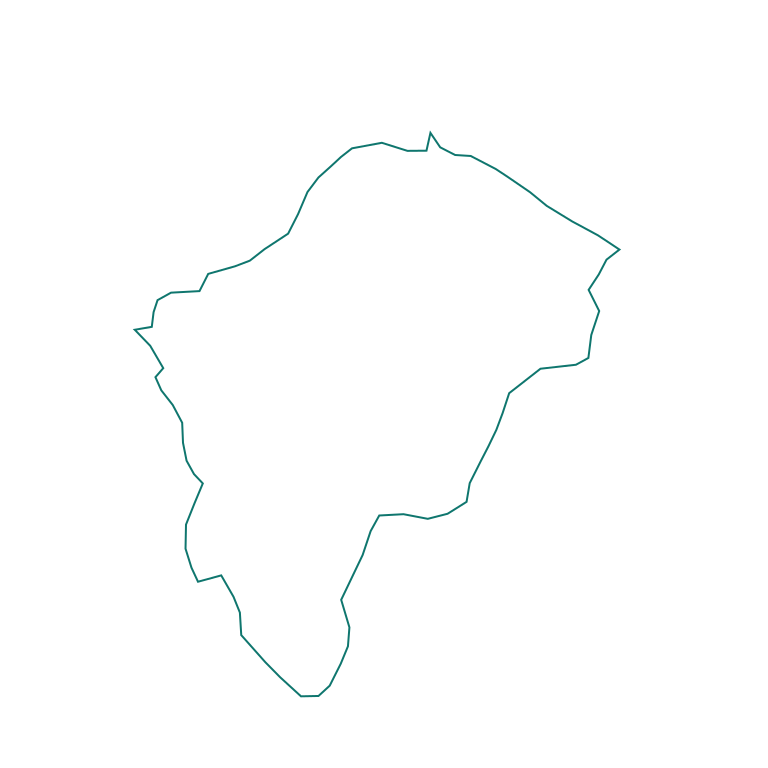 Mia Milia, Cyprus (orthographic projection), rotated 52°
{"feature_id": "46923920B95697923922739", "entity_name": "Mia Milia", "entity_type": "district", "adm_level": 2, "iso_a3": "CYP", "parent_name": "Cyprus", "parent_adm1": "", "projection": "orthographic", "projection_center": [33.421, 35.222], "detail": "fine", "context": "isolated", "style": "outline", "palette": "teal", "viewbox_px": 768, "rotation_deg": 52, "n_neighbors": 0, "source": "geoboundaries", "source_scale": "gbopen_adm2", "svg_char_len": 1173}
<svg xmlns="http://www.w3.org/2000/svg" viewBox="0 0 768 768"><g transform="rotate(52 384 384)"><path d="M187.8,547.0L210.0,544.7L235.6,548.2L237.9,559.9L251.9,563.4L270.5,563.4L290.3,566.9L306.6,578.6L322.9,586.8L338.0,589.2L350.8,588.0L361.3,606.7L372.9,626.6L391.6,641.8L410.2,648.8L425.3,652.3L434.6,630.1L459.1,633.6L475.4,638.3L494.0,651.1L530.1,648.8L551.1,646.4L579.0,641.7L589.5,627.7L588.3,612.5L577.8,590.3L568.5,573.9L554.5,561.1L527.7,550.6L521.9,538.9L512.6,520.2L505.6,506.1L491.7,485.1L484.7,468.7L498.6,448.8L517.2,432.5L525.4,413.8L527.7,391.5L514.9,377.5L504.4,355.3L497.4,340.1L489.3,323.7L480.0,308.5L468.3,291.0L468.3,270.0L468.3,251.3L487.0,220.9L489.3,206.9L473.0,190.5L459.0,169.5L435.8,164.8L429.9,147.3L423.0,132.1L423.0,115.7L398.5,123.9L371.8,135.6L343.8,146.1L322.9,150.8L297.3,158.9L283.3,163.6L257.7,175.3L247.3,187.0L232.1,194.0L214.7,192.8L226.3,206.9L214.7,222.0L192.6,237.2L178.6,264.1L178.6,278.1L179.8,292.2L180.9,308.5L185.6,326.1L197.2,347.1L206.5,367.0L204.2,395.0L204.2,413.8L199.5,429.0L189.0,454.7L197.2,472.2L180.9,495.6L178.5,510.8L185.5,521.3L196.0,531.8L187.8,547.0Z" fill="none" stroke="#0f766e" stroke-width="2"/></g></svg>